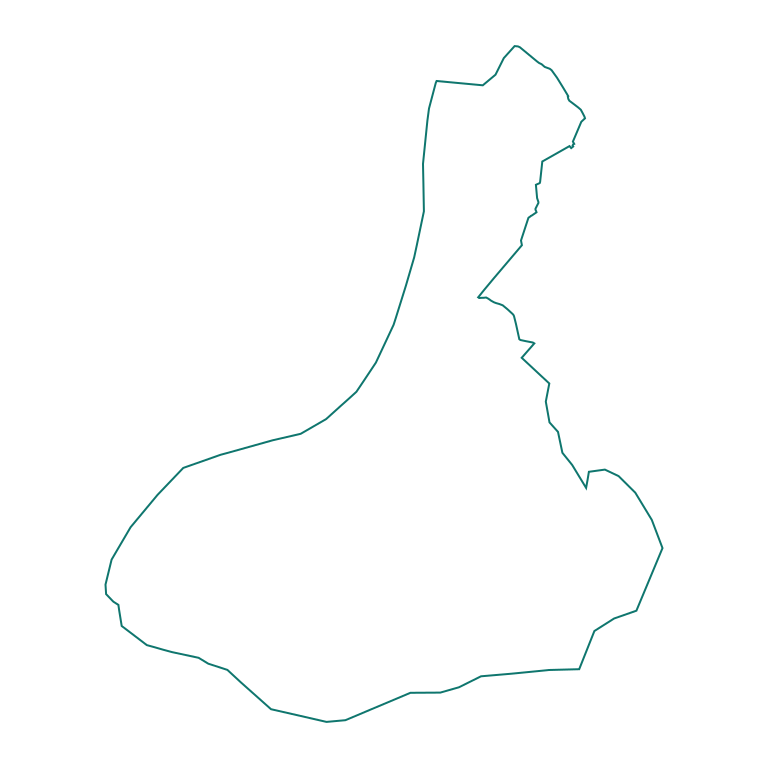 Ukwa West, Abia, Nigeria (orthographic projection)
{"feature_id": "59680162B46910461063287", "entity_name": "Ukwa West", "entity_type": "district", "adm_level": 2, "iso_a3": "NGA", "parent_name": "Nigeria", "parent_adm1": "Abia", "projection": "orthographic", "projection_center": [7.263, 4.974], "detail": "fine", "context": "isolated", "style": "outline", "palette": "teal", "viewbox_px": 768, "rotation_deg": 0, "n_neighbors": 0, "source": "geoboundaries", "source_scale": "gbopen_adm2", "svg_char_len": 2015}
<svg xmlns="http://www.w3.org/2000/svg" viewBox="0 0 768 768"><path d="M227.2,453.0L220.5,454.8L219.4,455.2L183.3,467.9L157.5,494.9L130.6,527.2L111.6,559.6L105.5,584.6L106.1,594.1L112.3,600.6L113.4,601.7L118.4,604.9L119.1,609.9L121.7,626.0L128.7,631.3L146.8,645.1L154.8,647.3L163.1,649.7L172.0,652.1L198.6,657.8L208.3,663.7L227.4,669.9L240.9,682.4L271.0,709.2L326.5,721.9L345.4,720.2L410.4,692.8L440.3,692.6L453.6,688.8L458.9,687.3L481.0,676.3L510.3,673.8L514.6,673.4L546.2,670.3L549.0,670.0L579.2,669.2L594.4,631.0L614.1,618.5L636.4,610.7L662.5,548.1L651.8,519.9L635.3,492.7L618.6,476.1L604.9,469.6L588.9,471.8L587.5,480.2L586.1,487.9L572.2,465.0L562.4,452.8L558.0,431.9L553.8,427.2L549.5,422.4L545.8,401.6L549.3,383.5L521.7,357.8L534.3,343.4L532.8,342.5L526.0,341.2L520.4,340.0L519.3,339.2L516.0,324.1L514.0,316.1L513.3,314.7L512.2,313.6L507.4,309.2L502.7,305.3L499.3,304.0L496.1,303.1L494.0,302.3L492.2,301.3L490.8,300.5L489.8,299.7L488.0,298.5L486.1,297.5L483.6,297.8L482.0,297.8L480.5,297.9L479.6,298.0L479.1,298.0L478.7,297.6L478.2,297.3L484.4,289.6L493.8,278.3L521.9,245.2L521.0,240.5L528.4,217.9L529.2,217.2L529.9,216.8L530.4,216.4L530.9,215.9L531.5,215.7L533.0,214.7L536.5,212.3L536.2,211.3L535.5,209.8L535.5,208.7L537.5,204.7L538.4,203.0L538.4,202.0L537.1,198.1L535.9,184.8L539.7,183.1L540.1,182.0L541.8,166.2L542.3,161.5L569.5,146.1L571.2,148.1L573.2,146.5L572.6,145.5L573.2,144.4L574.2,143.9L572.9,141.6L581.3,121.8L585.0,118.3L584.4,116.5L582.6,113.0L580.8,109.7L578.0,107.3L569.3,100.7L568.3,98.9L567.8,96.4L568.2,96.1L562.8,87.1L557.0,77.7L551.6,70.2L549.8,68.8L545.5,67.2L544.7,66.9L541.6,64.2L539.1,63.0L537.1,61.5L519.8,47.2L517.9,46.4L514.6,46.1L503.8,58.1L495.5,74.7L482.8,85.3L436.6,81.0L435.8,82.8L429.0,108.5L427.4,120.6L423.0,163.9L423.4,183.4L423.9,211.3L416.7,245.7L414.2,257.3L405.9,285.7L395.7,318.3L393.6,324.8L386.4,340.2L375.9,362.6L363.6,381.1L356.4,391.8L346.8,400.5L340.5,406.1L326.1,419.1L300.7,433.8L272.6,440.3L227.2,453.0Z" fill="none" stroke="#0f766e" stroke-width="2"/></svg>